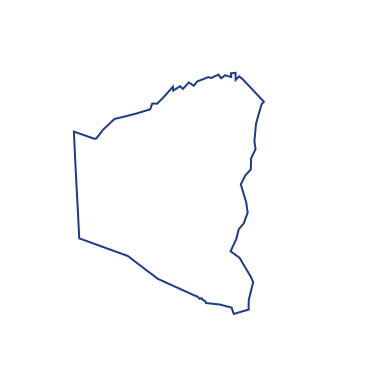 Lancaster, Pennsylvania, United States of America, rotated 227°
{"feature_id": "52423323B87468686530691", "entity_name": "Lancaster", "entity_type": "district", "adm_level": 2, "iso_a3": "USA", "parent_name": "United States of America", "parent_adm1": "Pennsylvania", "projection": "mercator", "projection_center": [-76.288, 40.019], "detail": "fine", "context": "isolated", "style": "outline", "palette": "blue", "viewbox_px": 384, "rotation_deg": 227, "n_neighbors": 0, "source": "geoboundaries", "source_scale": "gbopen_adm2", "svg_char_len": 1043}
<svg xmlns="http://www.w3.org/2000/svg" viewBox="0 0 384 384"><g transform="rotate(227 192 192)"><path d="M113.0,123.9L112.8,124.3L111.6,124.8L108.8,124.7L108.2,126.1L107.1,126.7L106.6,126.2L103.1,127.1L101.2,126.5L92.5,134.1L90.4,135.8L80.5,142.1L74.4,139.4L67.3,153.4L69.3,154.9L74.5,160.1L84.3,175.2L90.0,177.2L111.5,181.9L122.3,179.8L127.6,192.7L128.9,194.3L128.9,194.7L132.9,200.7L133.8,208.6L139.0,218.7L147.5,224.6L164.3,232.9L167.8,242.4L168.4,250.4L176.3,258.1L180.0,267.7L186.6,272.3L198.3,285.4L208.7,302.7L209.0,306.1L210.8,306.1L239.5,306.0L244.4,305.4L244.2,300.4L249.5,305.1L252.2,301.5L249.4,299.1L254.7,295.9L255.4,290.9L259.8,291.4L262.3,283.8L264.8,282.3L269.3,271.3L268.4,265.8L274.3,264.4L273.6,255.6L277.5,255.4L278.9,247.5L282.0,249.8L280.9,238.2L280.3,226.8L283.8,223.3L281.0,217.8L287.6,204.3L293.7,193.2L298.3,185.1L298.2,169.3L296.4,158.6L297.7,156.8L316.7,146.8L296.6,129.7L266.5,104.4L252.5,92.7L235.0,77.9L189.0,101.4L165.9,105.3L151.5,107.9L113.0,123.9Z" fill="none" stroke="#1e3a8a" stroke-width="2"/></g></svg>